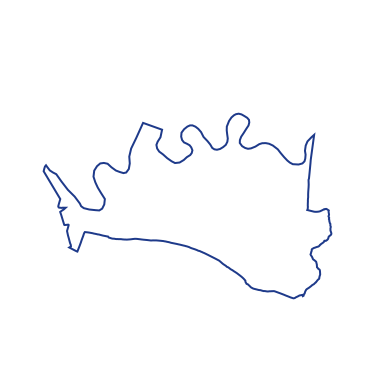 Prajesti, Bacau, Romania (Mercator projection), rotated 108°
{"feature_id": "2599482B9126980716668", "entity_name": "Prajesti", "entity_type": "district", "adm_level": 2, "iso_a3": "ROU", "parent_name": "Romania", "parent_adm1": "Bacau", "projection": "mercator", "projection_center": [26.984, 46.653], "detail": "fine", "context": "isolated", "style": "outline", "palette": "blue", "viewbox_px": 384, "rotation_deg": 108, "n_neighbors": 0, "source": "geoboundaries", "source_scale": "gbopen_adm2", "svg_char_len": 5909}
<svg xmlns="http://www.w3.org/2000/svg" viewBox="0 0 384 384"><g transform="rotate(108 192 192)"><path d="M256.1,53.8L255.6,53.9L255.0,54.0L254.5,53.9L254.1,53.6L253.1,53.5L252.6,53.6L251.2,53.5L249.6,53.2L248.9,52.8L246.7,51.0L244.5,49.5L243.4,48.9L242.0,47.6L241.2,47.2L239.7,46.4L239.6,46.2L239.0,46.1L238.7,45.9L238.1,45.7L237.4,45.5L236.0,44.8L235.3,44.3L234.8,44.3L234.6,44.3L234.4,44.4L234.0,44.5L233.4,44.5L232.9,44.6L231.8,44.6L231.1,44.6L230.5,44.7L230.1,44.9L229.6,45.1L228.3,45.6L227.0,46.2L226.7,46.4L226.4,46.8L226.3,47.1L226.1,47.7L226.0,48.2L225.8,48.4L225.4,49.0L225.2,49.3L225.0,49.8L224.7,49.9L223.4,50.5L222.5,50.8L221.1,51.7L220.2,52.2L219.9,52.5L219.7,53.0L219.1,54.4L218.8,55.4L218.7,55.8L218.2,56.5L217.9,56.7L217.5,57.0L217.1,57.3L216.8,57.7L216.4,58.0L215.4,59.4L214.8,59.9L214.7,60.0L213.0,59.9L212.8,60.0L212.5,60.1L212.4,60.1L211.4,60.0L210.9,60.0L210.5,60.1L210.0,60.3L209.6,60.3L209.0,60.1L208.4,59.5L207.6,58.8L206.9,57.8L206.0,56.7L204.7,54.8L203.7,54.2L202.7,53.9L202.6,53.7L202.3,53.5L201.8,53.3L201.2,52.9L200.5,52.3L199.8,51.8L199.2,51.4L198.9,51.2L198.4,51.1L197.8,51.1L197.5,51.0L197.2,50.5L197.3,50.1L197.0,49.5L195.8,48.6L194.6,48.1L193.6,48.1L192.5,48.2L191.6,47.8L191.3,47.7L191.1,47.6L190.8,47.2L190.7,47.1L190.2,46.9L189.7,46.6L189.3,46.5L189.0,46.6L188.7,46.6L188.2,46.7L187.2,47.4L186.5,47.9L186.1,48.3L185.3,48.6L183.8,49.1L182.3,49.2L181.4,49.9L180.8,50.2L180.1,50.4L179.7,50.5L179.4,50.7L179.0,51.3L178.0,51.9L177.1,52.5L176.3,52.7L175.8,53.2L175.5,53.4L175.2,53.3L174.9,53.4L174.6,53.6L174.1,53.6L173.8,53.8L173.4,54.3L173.1,54.6L172.6,54.7L171.8,54.6L171.1,54.7L170.5,55.0L169.6,55.5L169.0,55.8L168.3,56.1L167.3,56.2L166.7,58.3L166.6,59.1L166.9,59.8L167.6,60.6L167.5,61.0L168.1,61.5L169.3,62.7L170.8,64.3L171.4,65.3L171.9,66.3L172.4,67.6L172.7,68.5L172.9,69.3L173.0,69.9L173.2,72.5L173.5,76.8L172.6,76.7L172.0,76.8L170.3,77.2L170.0,77.3L169.7,77.5L169.1,77.7L166.8,78.4L165.3,78.8L164.5,79.1L163.8,79.3L162.2,79.7L161.5,79.8L160.8,80.0L158.4,80.8L155.9,81.5L153.5,82.1L151.8,82.5L148.9,83.3L144.5,84.9L143.1,84.9L138.0,86.0L128.1,88.2L124.8,89.0L99.9,93.5L103.0,95.3L108.2,97.8L112.7,98.2L117.9,97.3L121.4,95.5L125.3,94.6L128.1,94.5L130.7,95.8L132.9,99.1L134.4,104.7L133.8,108.0L132.6,111.1L130.3,115.3L127.5,119.8L124.9,123.6L122.8,129.5L122.3,133.6L122.7,136.9L123.9,140.3L125.7,142.8L129.2,145.7L132.3,149.4L133.6,152.1L133.7,155.1L132.9,158.5L130.6,161.7L127.8,162.5L124.2,162.3L120.0,161.1L115.2,159.9L111.3,158.8L108.2,159.0L105.8,160.1L104.4,162.4L103.6,165.5L102.9,168.9L103.1,171.8L104.4,174.2L105.9,175.7L108.9,177.5L113.0,178.7L119.0,179.1L122.7,178.0L126.2,176.4L130.1,174.5L133.3,173.9L136.7,174.4L139.6,176.2L142.4,178.6L144.1,181.3L144.5,183.9L143.8,186.4L141.2,189.3L138.8,193.0L136.1,198.0L132.2,201.9L130.0,205.6L128.8,208.9L128.5,212.2L129.3,214.5L131.2,216.6L134.7,218.9L138.8,220.3L142.7,219.4L145.6,217.5L147.3,215.0L147.7,211.6L148.3,208.7L149.8,206.5L152.2,204.5L155.0,204.3L157.4,205.1L160.5,207.7L164.1,209.7L167.8,212.9L169.7,217.1L169.1,220.8L167.5,226.0L165.2,231.2L163.7,235.7L161.4,238.6L158.2,240.4L154.7,240.2L149.7,238.9L142.0,239.7L141.4,259.9L157.7,261.7L169.5,263.3L177.7,262.6L184.1,260.0L189.6,259.2L193.8,260.6L195.2,263.0L195.3,266.9L195.1,271.0L193.4,276.2L191.2,281.0L191.6,284.8L193.2,288.1L196.8,290.3L201.9,291.6L207.9,290.4L212.7,286.9L216.9,283.0L220.9,278.4L225.6,272.7L231.0,271.6L235.6,272.3L238.2,274.5L239.1,278.2L240.4,284.3L240.8,289.9L239.8,293.0L237.6,295.1L232.6,302.2L228.3,310.7L222.5,319.2L217.0,326.6L216.4,330.3L215.4,333.9L212.9,337.5L211.7,339.1L213.2,339.7L215.3,339.7L218.1,339.5L239.4,315.1L245.1,314.9L246.9,314.8L247.2,314.6L247.6,314.3L247.9,314.0L247.9,313.4L247.6,312.0L247.4,311.1L246.8,309.9L246.5,308.8L246.0,307.3L248.1,308.5L250.1,310.1L251.7,311.2L254.1,309.4L260.7,304.8L262.7,303.4L262.8,303.0L261.8,300.7L261.3,299.7L261.3,299.4L261.5,299.1L262.8,299.0L267.7,298.8L271.5,296.6L273.9,295.0L278.1,292.3L279.0,291.6L279.8,290.9L281.2,290.3L282.7,291.6L283.8,285.2L284.1,283.0L284.1,282.6L282.3,282.5L279.0,282.3L276.9,282.2L274.5,282.1L271.8,282.1L267.4,281.9L265.4,281.9L264.1,281.8L263.2,281.5L262.6,278.6L262.3,276.7L261.9,273.6L261.9,272.9L261.6,270.5L261.4,268.1L261.2,267.5L261.0,263.4L260.7,261.0L260.5,259.2L260.3,258.1L261.0,257.2L261.0,256.3L261.0,255.1L261.0,254.0L260.9,253.1L260.6,252.0L260.4,251.1L260.3,250.1L260.1,249.3L259.5,247.3L258.7,244.6L258.5,243.3L258.1,241.7L257.9,241.0L257.4,239.2L256.0,235.8L254.9,233.5L254.2,231.9L253.7,230.3L253.3,228.3L253.0,226.8L252.7,225.1L252.2,222.7L251.8,221.0L251.5,219.6L250.8,216.0L250.0,214.0L249.0,210.7L248.6,209.0L248.2,207.3L247.5,204.0L247.4,203.0L247.2,201.8L247.1,200.5L246.9,198.9L246.8,197.8L246.8,196.3L246.5,193.8L246.1,190.3L246.0,189.0L245.8,187.3L245.7,185.7L245.6,184.3L245.5,183.1L245.4,182.2L245.4,181.0L245.3,180.4L245.3,179.3L245.3,177.8L245.5,176.4L245.6,175.3L245.6,173.6L245.6,172.6L245.6,171.6L245.7,169.4L245.9,168.0L245.9,167.5L245.8,166.9L245.8,166.4L245.8,166.1L246.0,164.9L246.0,164.2L246.2,162.8L246.3,161.4L246.6,159.3L246.9,157.2L247.3,154.7L248.1,149.5L248.6,146.6L248.9,144.9L249.9,142.5L250.6,140.9L251.0,139.8L251.6,137.6L251.9,136.6L252.3,136.0L252.4,135.5L252.4,134.7L252.8,133.2L253.4,131.7L253.6,130.9L253.9,129.3L254.5,127.4L254.7,126.5L255.3,124.3L256.7,120.3L257.3,118.7L258.0,117.1L258.7,115.7L259.4,114.6L259.6,114.1L259.9,113.8L260.3,113.7L261.0,113.3L261.4,113.0L262.0,112.2L262.5,111.7L262.5,110.5L263.6,108.1L264.2,107.0L264.5,106.3L264.7,105.2L264.9,104.1L264.9,103.2L264.8,101.7L264.7,100.4L264.6,98.6L264.4,97.4L264.2,96.4L264.2,95.6L264.2,94.7L264.1,93.3L263.7,92.1L263.4,90.0L263.1,88.9L262.6,87.9L261.6,85.2L261.1,83.9L260.9,83.1L260.9,82.1L261.1,76.6L261.3,72.8L261.5,70.6L261.6,68.5L261.8,65.6L261.8,64.3L261.8,63.2L261.7,62.4L260.9,61.3L260.1,60.7L258.6,59.1L257.2,57.8L255.8,55.3L256.8,54.4L256.1,53.8Z" fill="none" stroke="#1e3a8a" stroke-width="2"/></g></svg>